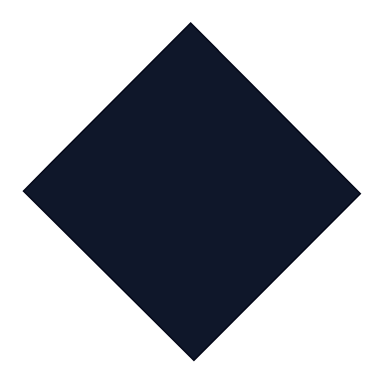 the district of Parmer, Texas, United States of America, rotated 135°
{"feature_id": "52423323B8622019817897", "entity_name": "Parmer", "entity_type": "district", "adm_level": 2, "iso_a3": "USA", "parent_name": "United States of America", "parent_adm1": "Texas", "projection": "orthographic", "projection_center": [-102.967, 34.53], "detail": "fine", "context": "isolated", "style": "filled", "palette": "ink", "viewbox_px": 384, "rotation_deg": 135, "n_neighbors": 0, "source": "geoboundaries", "source_scale": "gbopen_adm2", "svg_char_len": 425}
<svg xmlns="http://www.w3.org/2000/svg" viewBox="0 0 384 384"><g transform="rotate(135 192 192)"><path d="M309.7,71.6L74.2,71.8L74.1,113.9L73.9,124.0L74.0,142.4L73.7,229.4L73.7,231.0L73.7,233.3L73.7,261.1L73.7,263.7L73.7,265.7L73.7,267.6L73.7,269.4L73.7,270.4L73.7,272.4L73.7,272.6L73.6,273.2L73.5,274.7L73.5,275.4L73.5,312.4L269.6,312.1L310.5,311.8L309.7,71.6Z" fill="#0f172a" stroke="#020617" stroke-width="1.5"/></g></svg>